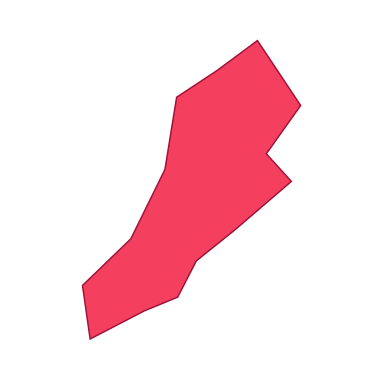 outline of Paola, rotated 7°
{"feature_id": "MLT-5958", "entity_name": "Paola", "entity_type": "state/province", "adm_level": 1, "iso_a3": "MLT", "parent_name": "Malta", "parent_adm1": "", "projection": "albers", "projection_center": [14.504, 35.872], "detail": "fine", "context": "isolated", "style": "filled", "palette": "rose", "viewbox_px": 384, "rotation_deg": 7, "n_neighbors": 0, "source": "natural_earth", "source_scale": "10m", "svg_char_len": 344}
<svg xmlns="http://www.w3.org/2000/svg" viewBox="0 0 384 384"><g transform="rotate(7 192 192)"><path d="M238.5,225.1L204.7,259.8L190.6,298.1L159.6,315.5L108.8,350.3L94.7,298.1L137.0,245.9L162.4,172.9L165.2,99.8L201.9,68.5L238.5,33.7L289.3,92.9L261.1,145.0L289.3,169.4L238.5,225.1Z" fill="#f43f5e" stroke="#9f1239" stroke-width="1.5"/></g></svg>